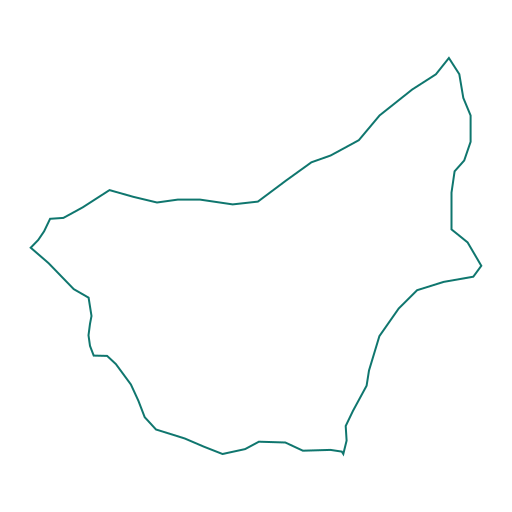 outline of Eda, Värmland, Sweden
{"feature_id": "70781695B29968345732345", "entity_name": "Eda", "entity_type": "district", "adm_level": 2, "iso_a3": "SWE", "parent_name": "Sweden", "parent_adm1": "Värmland", "projection": "natural_earth1", "projection_center": [12.201, 59.829], "detail": "fine", "context": "isolated", "style": "outline", "palette": "teal", "viewbox_px": 512, "rotation_deg": 0, "n_neighbors": 0, "source": "geoboundaries", "source_scale": "gbopen_adm2", "svg_char_len": 900}
<svg xmlns="http://www.w3.org/2000/svg" viewBox="0 0 512 512"><path d="M343.3,454.0L346.6,440.6L345.7,426.0L353.0,410.8L366.6,385.7L369.0,370.5L379.4,336.1L398.7,308.5L417.1,290.2L443.6,281.9L473.3,276.7L481.3,265.8L467.6,242.4L451.5,229.4L451.5,192.6L454.6,171.3L464.2,160.5L470.6,141.8L470.6,115.5L463.3,97.9L459.3,74.2L448.9,58.0L435.9,74.3L412.2,89.5L379.6,115.4L358.8,140.2L330.6,155.5L311.4,162.3L286.1,180.5L257.9,201.6L232.7,204.4L200.0,199.6L177.8,199.6L157.0,202.5L133.2,196.8L109.5,190.1L82.8,207.3L63.4,217.9L50.1,218.8L44.1,231.3L38.2,240.0L30.7,247.7L48.5,263.1L73.7,289.1L88.6,297.7L91.5,316.0L90.0,323.8L88.5,335.3L90.0,345.9L93.7,355.6L107.1,355.9L115.9,364.1L130.9,384.5L138.4,400.8L144.7,417.2L156.0,429.5L184.8,438.5L203.7,446.6L222.5,454.0L245.1,449.1L258.9,441.7L285.3,442.5L302.9,450.7L330.5,449.9L341.8,451.6L343.3,454.0Z" fill="none" stroke="#0f766e" stroke-width="2"/></svg>